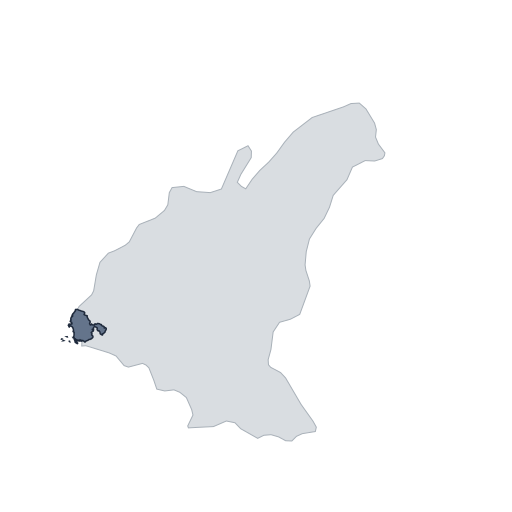 San Fernando de Monte Cristi, Monte Cristi, Dominican Republic shown in context, rotated 298°
{"feature_id": "3306468B8968248816263", "entity_name": "San Fernando de Monte Cristi", "entity_type": "district", "adm_level": 2, "iso_a3": "DOM", "parent_name": "Dominican Republic", "parent_adm1": "Monte Cristi", "projection": "natural_earth1", "projection_center": [-71.673, 19.756], "detail": "fine", "context": "in_parent", "style": "filled", "palette": "slate", "viewbox_px": 512, "rotation_deg": 298, "n_neighbors": 0, "source": "geoboundaries", "source_scale": "gbopen_adm2", "svg_char_len": 6575}
<svg xmlns="http://www.w3.org/2000/svg" viewBox="0 0 512 512"><g transform="rotate(298 256 256)"><path d="M95.8,343.1L96.3,323.6L98.9,315.7L96.4,307.3L85.4,298.5L78.6,287.1L72.5,277.0L73.9,275.5L86.0,275.0L90.2,271.3L98.3,261.0L99.9,252.7L99.3,246.4L94.0,238.8L91.9,230.9L98.4,224.0L107.0,213.9L108.1,210.0L107.9,206.2L98.0,195.5L97.3,191.0L102.0,179.4L101.5,171.8L96.9,147.9L94.7,144.4L99.1,142.3L102.1,135.2L105.9,128.9L111.1,125.5L116.9,123.4L128.5,123.5L144.5,129.1L149.1,129.0L164.4,123.9L177.2,121.2L189.2,124.3L194.1,128.6L204.1,135.5L209.0,137.5L224.7,137.4L229.0,138.1L242.2,149.3L253.3,153.8L259.8,154.1L271.3,149.7L277.0,149.8L283.6,159.6L284.9,173.3L290.5,185.9L298.9,194.0L340.4,190.6L349.6,197.2L346.5,202.7L340.6,205.6L320.9,204.3L312.3,204.9L310.6,210.4L310.5,215.4L322.1,216.6L333.4,219.2L345.0,223.2L356.7,226.0L369.9,227.8L382.9,230.7L404.7,240.6L428.7,263.2L435.2,268.3L439.5,275.4L437.5,284.0L429.0,298.3L424.1,302.9L417.1,305.7L412.3,311.5L407.6,321.4L404.8,322.3L401.4,321.9L395.6,316.2L391.5,307.6L379.8,299.4L366.1,300.5L345.8,295.7L333.5,298.0L321.2,298.5L308.7,296.1L296.1,295.2L283.5,298.3L271.2,303.5L266.7,306.8L258.9,314.9L254.8,317.9L225.0,322.0L216.4,316.1L208.5,307.9L197.0,306.8L180.4,313.1L170.1,315.4L165.8,318.1L164.6,321.2L164.6,332.5L162.2,339.4L146.1,365.5L136.9,383.9L133.2,389.6L128.9,390.8L120.9,380.3L115.8,376.4L109.5,374.5L106.8,368.9L106.9,360.9L105.3,353.2L101.4,347.1L95.8,343.1Z" fill="#d9dde1" stroke="#a8b0b8" stroke-width="1"/><path d="M122.0,157.2L122.0,156.9L122.0,156.6L121.8,156.4L121.3,156.1L121.2,155.8L121.4,155.6L122.0,155.5L122.3,154.9L122.4,154.2L122.1,153.5L122.1,152.9L122.2,152.5L122.7,151.9L122.8,151.7L122.8,151.4L122.5,151.2L122.5,150.9L122.7,149.7L122.6,149.3L122.4,148.8L122.3,148.3L122.0,147.7L121.4,147.5L120.8,147.1L120.6,146.7L120.7,146.3L120.7,146.1L120.5,145.8L120.2,145.5L119.9,145.4L119.6,145.8L119.3,145.8L119.2,145.7L119.0,145.2L118.6,144.7L118.5,144.4L118.5,143.5L118.7,142.9L118.7,142.7L118.0,142.7L117.8,142.7L117.5,142.4L117.4,142.1L117.4,141.9L117.8,141.6L117.9,141.1L118.0,140.9L118.9,140.6L119.5,140.7L120.0,140.5L120.7,139.8L120.8,139.5L120.9,138.6L121.2,137.9L121.9,137.0L122.2,136.4L123.1,135.4L123.9,135.1L123.8,134.1L123.6,133.2L123.5,132.2L123.6,131.7L123.8,131.6L125.0,131.6L125.4,131.5L125.6,131.2L125.9,130.6L125.9,130.0L125.9,129.6L125.4,127.7L125.3,126.2L125.0,125.2L125.0,123.8L125.0,123.3L124.5,122.6L124.3,122.0L123.8,121.8L123.2,121.9L122.9,122.3L122.6,122.3L122.1,122.1L121.7,122.1L121.4,122.0L121.2,121.9L120.6,121.9L120.2,121.8L119.9,121.7L119.7,121.8L119.5,121.7L119.3,121.7L119.1,121.5L118.8,121.4L118.1,121.5L117.8,121.7L117.7,121.6L117.5,121.8L117.3,121.7L117.1,121.9L117.1,122.0L117.4,121.9L117.3,122.0L116.9,122.2L116.8,122.3L116.6,122.3L116.6,122.2L117.0,122.1L116.9,121.8L116.7,122.0L116.4,122.1L116.2,121.9L116.1,122.0L115.9,121.8L114.7,121.8L114.7,121.7L114.2,121.8L113.5,122.0L113.2,122.2L113.1,122.4L112.8,122.4L112.7,122.5L112.8,122.6L112.6,122.8L112.3,122.7L111.8,122.6L111.7,122.7L111.3,122.8L111.1,122.7L110.8,123.2L110.9,123.5L110.8,124.0L110.9,124.3L110.6,124.6L110.4,124.7L110.3,124.9L110.1,125.0L109.8,125.0L109.7,125.2L109.4,124.9L109.2,124.9L108.8,124.7L108.7,124.3L108.7,124.1L108.7,123.9L108.6,123.6L108.1,123.0L107.9,123.1L107.8,122.9L107.6,123.0L107.2,122.9L107.2,123.2L107.1,123.4L106.8,123.5L106.6,123.3L106.5,123.6L106.6,123.9L106.9,124.2L106.9,124.5L107.1,124.7L107.1,125.0L107.2,125.3L107.2,125.7L107.3,126.1L107.3,126.3L107.3,126.5L107.1,127.2L106.8,127.5L106.8,127.8L106.4,128.2L106.2,128.4L106.0,128.7L105.9,128.8L105.8,129.0L105.2,129.4L104.6,129.7L104.6,129.8L103.5,129.9L103.4,130.0L103.4,130.6L103.4,130.8L103.4,131.0L103.1,131.2L103.1,131.3L102.8,131.3L102.7,131.4L102.3,131.6L101.9,132.0L101.4,132.1L100.9,132.5L100.7,132.5L100.4,132.6L99.7,132.8L99.1,132.8L98.5,132.9L98.6,133.0L98.7,133.6L98.5,133.8L98.3,133.9L98.2,134.2L98.3,133.9L98.3,133.7L98.5,133.5L98.5,133.4L98.4,133.4L98.4,133.5L98.3,133.2L98.2,133.0L98.1,133.3L98.1,133.7L98.0,133.9L97.3,134.4L97.1,134.8L96.9,135.0L96.7,135.1L96.4,135.6L95.7,136.3L95.4,136.6L95.2,136.6L95.1,136.8L94.9,137.0L94.8,137.4L95.0,137.6L95.0,137.9L94.8,138.4L94.7,139.2L94.7,139.3L94.8,139.4L95.1,139.4L95.1,139.5L95.3,139.5L95.4,139.4L95.5,139.1L95.3,139.1L95.1,138.9L95.2,138.4L95.3,138.3L95.8,138.2L96.0,138.0L96.2,137.9L96.2,137.7L96.3,137.4L96.1,137.3L96.1,137.2L95.9,137.1L96.0,137.0L96.2,136.9L96.4,137.1L96.8,137.1L96.7,136.8L96.9,136.6L97.0,136.3L97.5,136.4L97.4,136.2L97.3,135.9L97.3,135.4L97.8,135.4L97.9,135.2L98.0,135.4L97.9,135.5L97.7,135.7L97.6,135.9L97.8,136.0L97.8,136.3L97.7,136.4L97.6,136.7L97.8,136.9L97.8,137.4L97.8,137.5L97.9,138.1L97.6,138.4L97.4,138.3L97.5,138.5L97.7,138.9L97.8,139.2L97.9,139.4L98.0,139.4L97.8,138.8L98.1,138.6L98.3,138.7L98.3,139.0L98.4,139.4L98.3,139.7L98.5,139.7L98.9,139.8L98.7,140.0L98.6,139.8L98.2,139.8L98.1,139.7L98.0,139.8L98.2,140.1L98.2,140.3L98.3,140.4L98.4,140.6L98.6,141.0L98.8,141.3L98.9,141.6L98.9,141.9L99.1,142.0L99.1,141.8L99.2,141.7L99.3,141.7L99.5,141.5L99.5,141.8L99.7,142.1L99.4,142.1L99.5,142.3L99.6,142.6L99.8,142.9L100.0,143.0L100.0,143.7L100.1,143.8L100.1,144.0L99.8,144.4L99.8,144.8L99.8,145.0L99.7,145.1L99.7,145.4L100.1,145.5L100.5,145.7L101.3,145.9L102.5,147.1L103.1,147.4L103.7,147.6L104.0,147.9L104.4,148.6L105.0,148.9L105.4,149.4L106.0,149.7L106.8,149.9L107.2,150.1L107.5,150.1L107.8,150.1L108.4,149.8L108.7,149.5L108.9,149.1L109.0,148.2L109.1,147.9L109.3,147.8L110.1,147.8L110.5,147.5L110.7,147.3L110.8,146.7L111.0,146.5L111.3,146.5L111.8,146.8L112.4,146.9L113.2,147.5L113.5,147.5L113.8,147.5L114.0,147.4L114.1,146.3L114.1,146.1L114.3,145.9L114.5,145.9L114.6,146.1L114.7,146.8L114.8,147.0L115.2,147.0L115.7,146.4L116.1,146.2L116.9,146.2L117.9,146.6L118.0,146.7L118.1,146.9L118.0,147.4L118.1,148.1L118.0,148.6L118.1,149.1L118.0,149.4L117.7,149.8L117.0,150.0L116.5,150.2L116.2,150.6L115.9,151.2L115.8,151.8L115.9,152.1L116.3,152.3L116.3,152.6L115.9,153.2L115.7,153.8L115.0,154.4L114.4,154.8L114.1,155.2L114.0,156.7L114.0,157.3L114.2,157.5L114.5,157.5L114.8,157.0L115.0,156.9L115.2,157.0L116.1,157.8L116.9,158.0L117.9,158.4L118.8,158.1L119.6,158.2L120.8,158.2L121.7,157.8L122.0,157.2ZM106.1,124.0L105.8,123.9L105.7,124.0L105.7,124.3L105.7,124.5L105.9,124.5L105.9,124.3L106.1,124.2L106.1,124.0ZM91.5,123.3L91.3,123.3L91.4,123.7L91.7,123.8L91.7,123.6L91.5,123.3ZM91.0,125.6L90.7,125.5L90.9,125.8L91.0,125.9L91.0,125.6ZM93.1,131.2L92.9,131.3L92.9,131.5L93.0,131.4L93.1,131.5L93.2,131.4L93.1,131.2ZM95.9,126.9L95.9,127.0L96.0,127.3L96.1,127.2L95.9,126.9Z" fill="#64748b" stroke="#1e293b" stroke-width="1.5"/></g></svg>